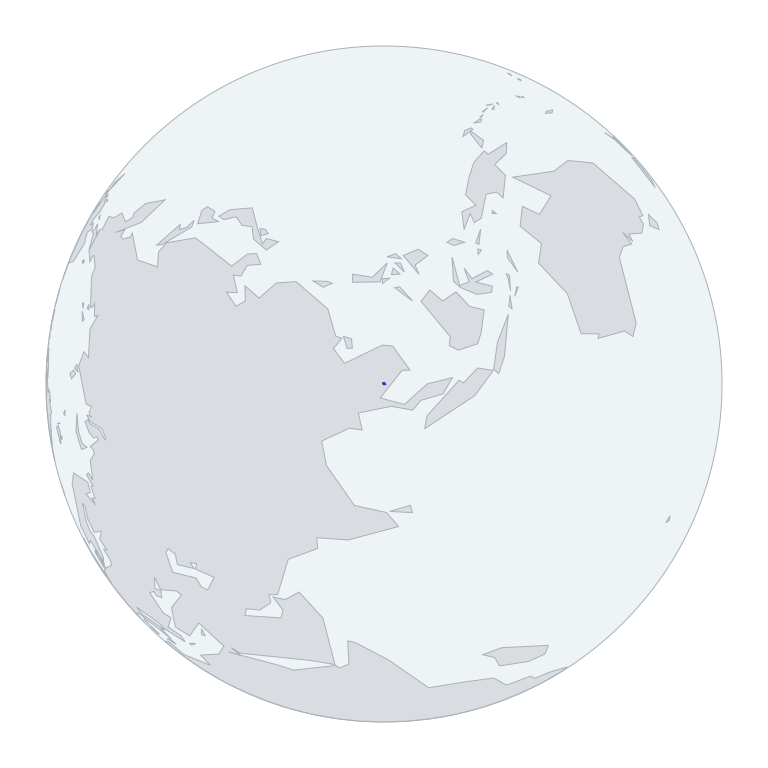 the Earth from above Krong Pailin, rotated 273°
{"feature_id": "KHM-1783", "entity_name": "Krong Pailin", "entity_type": "Municipality", "adm_level": 1, "iso_a3": "KHM", "parent_name": "Cambodia", "parent_adm1": "", "projection": "orthographic", "projection_center": [102.549, 12.885], "detail": "fine", "context": "on_globe", "style": "filled", "palette": "violet", "viewbox_px": 768, "rotation_deg": 273, "n_neighbors": 0, "source": "natural_earth", "source_scale": "10m", "svg_char_len": 9978}
<svg xmlns="http://www.w3.org/2000/svg" viewBox="0 0 768 768"><g transform="rotate(273 384 384)"><circle cx="384" cy="384" r="338" fill="#eef3f6" stroke="#a8b0b8"/><path d="M701.0,490.9L700.4,493.2L700.2,493.6L701.0,490.9ZM537.1,82.8L538.2,83.5L550.8,90.7L539.4,84.6L570.7,104.3L580.5,114.1L562.6,99.1L555.6,94.9L558.9,98.9L552.4,95.5L550.2,95.9L542.2,91.9L532.4,84.6L527.0,82.2L529.6,85.4L523.2,84.2L520.1,79.7L508.6,77.5L490.1,67.3L488.3,62.7L471.3,57.6L470.7,57.4L493.4,64.3L515.6,72.8L537.1,82.8ZM561.3,97.3L558.7,95.2L563.4,98.6L561.3,97.3ZM551.4,96.7L554.2,98.6L551.9,98.1L551.4,96.7ZM537.4,91.8L532.9,91.0L535.8,90.5L537.4,91.8ZM529.1,89.7L518.2,88.8L523.5,92.4L502.4,82.4L518.7,85.9L521.4,84.4L523.9,87.2L529.1,89.7ZM492.5,77.5L488.4,76.6L490.8,76.3L492.5,77.5ZM462.9,55.4L462.7,55.4L452.9,53.3L451.4,53.1L444.2,51.5L462.9,55.4ZM436.9,50.3L432.8,49.6L439.7,50.8L432.6,49.8L428.4,49.0L427.2,49.0L425.1,48.7L424.1,48.5L436.9,50.3ZM408.2,47.0L408.8,47.0L405.9,46.8L408.2,47.0ZM417.8,47.8L411.9,47.2L412.3,47.3L417.8,47.8ZM429.3,49.6L441.2,51.3L441.7,51.5L429.3,49.6ZM405.2,46.8L407.2,47.0L404.3,46.7L405.2,46.8ZM421.7,48.6L425.8,49.0L426.3,49.2L421.7,48.6ZM407.6,47.2L405.1,46.9L408.2,47.1L407.6,47.2ZM413.9,47.8L413.5,48.0L410.8,47.3L415.7,47.9L413.9,47.8ZM421.4,48.7L423.0,48.9L419.6,48.5L421.4,48.7ZM397.3,47.4L393.1,46.5L399.9,46.6L403.1,47.3L397.3,47.4ZM115.4,178.9L115.8,181.0L113.9,184.7L103.4,198.4L94.0,225.4L103.6,215.2L105.7,233.2L113.9,237.9L135.6,211.6L122.3,203.1L130.5,188.3L149.6,183.5L162.8,192.9L166.4,187.6L166.9,171.8L178.9,164.9L168.1,165.8L165.8,172.1L159.0,173.3L160.6,167.8L164.8,165.2L163.4,160.9L143.8,175.6L139.4,183.6L130.1,181.2L121.8,194.6L116.1,198.9L127.9,178.0L133.6,171.6L148.2,148.6L141.3,154.8L127.2,177.5L127.6,174.6L118.2,184.9L125.6,174.9L142.9,150.2L140.5,150.0L133.4,157.3L150.4,139.9L168.5,123.7L167.5,124.6L172.7,120.3L171.5,121.8L183.0,114.4L183.7,115.6L200.9,104.5L203.7,104.1L192.7,110.5L185.5,116.2L188.9,121.5L193.3,120.1L204.3,112.8L203.8,115.9L214.0,108.3L222.2,109.4L220.7,102.3L233.5,95.3L245.3,92.2L249.3,89.1L229.9,94.3L222.5,97.8L216.5,102.6L195.9,113.0L191.9,113.3L212.5,98.8L209.2,98.2L226.6,88.6L268.2,77.8L279.0,78.7L270.2,93.5L260.3,96.4L258.6,92.1L248.4,102.1L254.9,98.3L254.5,101.4L266.7,96.8L267.0,98.8L278.1,91.5L279.8,93.5L272.8,98.1L292.2,94.7L299.3,98.5L303.6,96.9L306.1,94.0L313.4,101.7L316.2,100.2L314.9,97.0L319.7,92.3L330.9,87.4L332.8,90.3L329.0,92.4L323.9,102.0L313.6,108.2L315.5,109.0L324.9,104.4L331.1,92.6L337.3,88.9L335.8,94.1L336.9,91.9L340.5,91.0L346.0,93.2L348.3,87.6L386.3,78.2L400.6,82.6L395.0,87.5L423.5,87.5L437.5,94.7L436.2,91.4L449.0,90.7L444.9,88.3L445.2,86.8L476.3,86.4L485.1,89.4L497.0,87.8L496.4,86.4L490.6,83.9L502.4,82.4L523.5,92.4L523.9,94.8L536.8,100.4L535.8,105.7L541.0,113.4L532.3,117.4L537.2,124.1L541.7,125.6L551.7,136.6L556.5,155.7L532.6,133.1L521.4,108.0L524.3,117.0L517.7,113.3L515.0,115.8L517.5,123.0L521.5,124.7L494.9,131.4L489.1,151.7L504.0,151.9L513.7,159.5L520.1,188.1L493.7,225.8L506.5,240.6L507.6,249.8L497.1,254.8L495.3,241.2L484.3,235.6L484.9,227.8L467.5,232.8L467.5,221.9L453.9,232.1L459.6,241.1L474.9,240.0L463.2,254.7L479.3,271.4L481.6,290.9L455.9,324.0L429.1,333.3L427.5,339.5L416.7,331.7L402.5,343.5L422.8,380.3L422.3,390.7L399.2,409.2L398.7,401.4L369.9,380.9L364.6,405.4L386.4,427.3L393.9,451.9L377.2,443.4L369.6,421.7L359.4,413.8L362.1,392.4L353.7,359.9L336.8,364.6L338.1,351.9L323.8,324.7L299.6,330.8L261.1,360.8L255.8,393.2L242.5,406.0L226.4,356.6L227.0,324.9L216.3,326.3L203.9,297.5L168.2,288.8L167.5,280.2L159.8,282.4L151.7,271.9L152.4,258.3L145.5,257.3L145.0,293.5L152.9,294.9L165.6,284.3L163.5,296.7L171.8,310.1L146.9,335.3L101.2,349.7L104.1,325.1L107.7,254.1L111.7,247.5L112.0,246.7L112.5,245.3L105.3,255.5L108.4,242.3L98.5,289.4L93.6,309.0L100.4,351.0L98.0,354.1L102.4,363.6L125.6,361.3L124.1,369.3L108.6,403.1L83.0,444.5L90.7,480.2L96.1,508.8L89.7,522.3L99.9,545.4L98.0,550.2L104.3,562.8L108.2,573.8L111.1,582.2L107.6,578.4L94.6,558.5L83.1,537.8L73.0,516.2L64.5,494.1L57.6,471.4L52.2,448.2L48.6,424.8L46.5,401.1L46.1,377.4L47.4,353.7L50.4,330.1L55.0,306.8L61.2,283.9L69.1,261.5L78.4,239.7L89.3,218.6L101.7,198.3L115.4,178.9ZM169.2,218.7L182.0,224.5L189.3,205.3L194.9,206.3L195.3,199.8L189.8,204.0L192.8,187.1L203.1,184.5L208.3,177.1L204.2,175.0L184.9,182.8L180.4,206.4L171.8,212.3L169.2,218.7ZM199.6,100.9L197.8,102.0L195.5,103.5L199.6,100.9ZM180.8,114.0L181.4,113.5L183.5,112.0L187.4,109.2L192.5,105.7L213.2,92.6L214.6,92.2L210.3,94.4L209.1,95.5L201.9,99.6L183.1,113.2L176.6,117.9L177.8,116.3L180.8,114.0ZM267.3,66.9L263.8,68.3L256.4,71.2L255.7,71.4L267.3,66.9ZM375.6,46.2L370.3,46.4L378.9,46.2L371.3,46.6L374.5,46.7L370.2,47.8L357.4,48.9L361.9,49.0L358.8,50.5L348.3,52.0L351.3,50.5L337.5,53.6L335.4,52.5L334.0,53.0L328.3,53.1L318.8,54.3L319.4,53.7L315.4,54.5L311.6,55.0L306.4,56.1L305.6,55.7L299.2,57.2L302.5,56.3L291.6,59.1L299.3,56.9L295.0,58.0L289.8,59.5L290.9,59.2L318.7,52.4L347.0,48.1L375.6,46.2ZM398.7,46.4L397.4,46.4L393.5,46.2L396.4,46.4L392.3,46.5L393.4,46.8L388.3,46.7L395.6,47.6L380.8,48.0L372.3,48.0L383.4,46.3L381.6,46.2L385.7,46.1L398.7,46.4ZM118.2,180.6L117.9,182.3L118.9,183.2L113.1,190.2L118.2,180.6ZM129.5,163.7L130.2,163.7L122.4,173.0L122.7,171.7L129.5,163.7ZM137.3,156.3L130.9,163.0L134.5,158.6L137.3,156.3ZM194.0,110.4L195.6,110.4L193.1,112.3L189.2,114.5L194.0,110.4ZM307.1,64.6L310.2,62.9L312.3,62.7L323.3,59.4L325.8,60.6L320.1,62.9L307.1,64.6ZM129.5,214.9L123.3,218.7L123.7,215.4L125.8,214.7L129.5,214.9ZM114.8,203.6L115.0,209.6L113.2,205.4L114.8,203.6ZM311.6,65.3L315.9,63.7L314.5,65.3L311.6,65.3ZM328.2,61.3L327.6,62.9L327.4,60.3L328.2,61.3ZM260.3,672.7L267.3,676.5L262.6,675.9L260.3,672.7ZM126.8,515.2L131.6,561.7L122.8,558.8L114.7,543.4L108.5,514.2L116.6,509.0L118.8,496.7L126.8,515.2ZM478.2,510.0L488.1,511.5L487.7,513.0L478.2,510.0ZM467.9,504.6L479.3,505.2L465.8,507.9L467.9,504.6ZM483.7,505.5L495.3,502.7L500.4,500.3L499.4,503.5L483.7,505.5ZM460.1,504.5L417.4,502.8L400.5,498.0L404.5,492.7L432.0,495.2L460.1,504.5ZM403.2,492.4L377.2,475.3L341.5,427.0L354.3,428.6L391.6,458.7L389.2,463.4L404.9,476.7L403.2,492.4ZM465.8,465.6L463.3,480.1L439.8,478.2L429.1,475.4L421.7,456.5L425.8,447.2L434.6,447.8L468.4,416.7L480.3,424.8L470.0,438.2L479.7,451.1L465.8,465.6ZM257.1,396.4L264.2,416.8L257.0,419.1L257.1,396.4ZM481.9,394.5L468.4,408.2L480.7,389.7L481.9,394.5ZM489.0,376.9L490.0,384.1L484.3,377.1L489.0,376.9ZM427.4,349.2L418.1,350.5L417.7,345.4L429.5,341.0L427.4,349.2ZM483.2,307.7L483.5,322.2L481.9,327.1L477.4,318.2L483.2,307.7ZM338.6,78.9L320.4,81.5L309.0,85.6L305.1,90.7L302.8,85.3L320.5,78.9L338.6,78.9ZM380.2,77.6L383.5,74.2L387.3,75.7L387.0,76.7L380.2,77.6ZM378.5,75.6L372.8,71.7L378.1,69.8L381.5,73.2L378.5,75.6ZM341.5,66.6L336.0,67.1L337.3,65.6L341.5,66.6ZM623.1,619.8L623.3,621.1L613.7,630.3L602.1,640.2L594.4,644.6L623.1,619.8ZM552.6,650.6L556.1,641.1L567.0,639.3L559.3,648.1L552.6,650.6ZM630.9,612.2L639.6,602.3L646.6,591.1L641.1,601.0L643.4,599.9L624.9,619.8L630.9,612.2ZM522.7,612.4L457.8,632.7L444.4,630.0L449.5,621.6L440.8,595.5L445.3,596.1L444.6,578.2L483.9,562.3L512.7,532.1L532.6,533.9L548.8,511.7L568.7,512.9L561.5,530.3L580.7,541.0L597.3,501.7L605.4,542.4L616.8,556.0L615.7,581.0L581.7,624.7L565.6,633.7L564.1,630.2L557.0,634.7L548.2,633.6L546.6,620.6L539.4,625.0L547.8,614.6L536.7,624.0L533.7,615.5L522.7,612.4ZM662.8,531.0L664.8,531.8L666.6,538.2L663.6,537.6L662.8,531.0ZM695.7,500.9L695.6,503.9L693.9,505.4L695.7,500.9ZM700.2,493.6L698.2,495.7L701.0,490.9L700.2,493.6ZM677.8,505.2L678.4,507.6L677.4,508.7L677.8,505.2ZM677.0,504.5L678.8,500.2L678.1,504.3L677.0,504.5ZM669.0,483.8L670.5,481.5L671.0,483.0L669.0,483.8ZM502.7,511.8L516.7,500.7L524.2,499.8L502.7,511.8ZM667.3,479.5L663.7,479.5L664.2,477.3L667.3,479.5ZM667.8,474.2L667.7,471.1L669.4,478.2L667.8,474.2ZM661.2,468.0L665.4,473.1L660.7,468.7L661.2,468.0ZM658.5,469.0L655.3,466.9L655.5,465.9L658.5,469.0ZM618.9,476.0L631.4,493.9L620.7,494.1L609.0,483.1L598.7,494.3L576.1,493.2L581.6,486.3L578.8,476.1L554.7,472.4L549.9,465.8L558.7,461.2L542.5,455.9L560.2,452.8L567.3,466.5L577.2,455.6L593.9,457.9L609.8,462.0L622.0,471.8L618.9,476.0ZM559.9,483.1L562.9,483.1L560.1,487.2L559.9,483.1ZM649.1,459.7L653.8,466.1L653.1,467.8L650.8,466.9L649.1,459.7ZM624.9,469.3L638.3,457.3L641.3,457.3L632.4,470.7L624.9,469.3ZM635.3,450.0L641.3,451.3L644.3,457.5L643.0,459.4L635.3,450.0ZM523.7,470.5L522.9,474.3L518.2,471.3L523.7,470.5ZM529.8,468.2L543.8,472.4L528.4,471.5L529.8,468.2ZM486.4,454.4L490.6,463.6L503.9,458.0L493.7,466.2L502.6,481.2L499.5,486.8L490.7,470.5L487.3,487.1L481.3,486.7L478.3,472.4L484.4,455.1L490.3,448.0L514.3,445.3L486.4,454.4ZM529.7,457.1L526.0,446.5L528.8,439.5L532.8,445.1L529.7,457.1ZM514.6,421.1L504.3,408.8L495.2,413.3L513.4,396.6L520.3,411.1L514.6,421.1ZM505.5,394.2L497.0,398.3L505.6,388.6L505.5,394.2ZM494.7,394.2L493.5,385.7L500.3,387.0L494.7,394.2ZM510.0,394.7L511.2,380.4L514.8,388.8L510.0,394.7ZM490.0,366.8L505.0,380.9L485.8,374.7L483.9,347.3L492.0,346.9L490.0,366.8ZM528.2,260.7L525.6,253.4L532.6,251.9L532.4,257.3L528.2,260.7ZM553.0,243.2L533.6,249.3L517.6,255.3L523.1,258.8L520.6,271.1L511.6,259.4L522.0,246.2L534.3,243.9L535.0,233.9L543.3,227.6L539.7,215.3L543.0,210.3L550.0,221.1L553.0,243.2ZM537.6,210.2L534.3,189.6L548.0,193.1L551.8,198.4L547.6,206.1L540.6,203.7L537.6,210.2ZM537.5,185.9L530.7,183.7L511.5,154.8L510.8,149.8L532.7,172.2L527.5,171.5L529.8,178.5L537.5,185.9ZM490.3,78.2L488.6,76.8L492.3,78.2L490.3,78.2ZM442.6,85.5L443.8,83.7L448.1,85.0L442.6,85.5ZM449.3,79.8L443.6,79.5L448.8,78.6L449.3,79.8ZM431.0,79.4L441.0,78.8L432.6,81.2L431.0,79.4Z" fill="#d9dde1" stroke="#a8b0b8" stroke-width="1"/><path d="M383.7,385.4L383.6,385.2L383.6,384.9L383.7,384.6L383.8,384.6L383.7,384.5L383.7,384.4L383.6,384.2L383.6,383.9L383.5,383.7L383.6,383.4L383.8,383.3L384.0,383.3L384.2,383.2L384.3,382.9L384.5,382.7L384.9,382.7L385.0,382.9L385.1,383.1L385.2,383.3L385.2,383.7L385.2,384.4L385.2,384.7L385.1,384.8L384.6,385.1L383.8,385.3L383.7,385.4L383.7,385.4Z" fill="#8b5cf6" stroke="#5b21b6" stroke-width="1.5"/></g></svg>